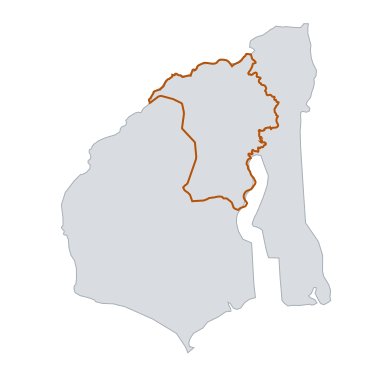 Tambacounda highlighted on a map of Senegal, rotated 266°
{"feature_id": "SEN-779", "entity_name": "Tambacounda", "entity_type": "Region", "adm_level": 1, "iso_a3": "SEN", "parent_name": "Senegal", "parent_adm1": "", "projection": "natural_earth1", "projection_center": [-13.251, 14.045], "detail": "fine", "context": "in_parent", "style": "outline", "palette": "amber", "viewbox_px": 384, "rotation_deg": 266, "n_neighbors": 0, "source": "natural_earth", "source_scale": "10m", "svg_char_len": 7981}
<svg xmlns="http://www.w3.org/2000/svg" viewBox="0 0 384 384"><g transform="rotate(266 192 192)"><path d="M305.1,173.4L310.0,183.2L309.0,187.9L307.9,194.8L310.6,199.8L313.9,203.0L316.2,206.0L318.8,210.1L319.2,218.4L318.7,224.3L320.4,226.9L321.8,230.3L321.5,233.1L320.6,235.6L317.5,238.9L317.0,245.1L322.1,252.5L325.3,256.6L325.3,258.9L326.2,261.4L328.6,264.4L330.1,263.7L331.7,261.3L332.4,259.6L336.8,260.3L338.8,261.1L341.6,266.0L342.7,269.2L343.4,273.3L346.3,278.3L348.8,281.9L349.4,284.1L351.6,287.2L350.2,293.9L350.4,297.3L348.9,306.3L348.5,310.6L348.6,312.1L352.1,315.3L351.7,319.9L348.2,319.1L342.1,318.6L329.9,320.9L325.7,320.0L317.7,320.3L312.0,321.6L304.7,324.6L299.1,323.8L296.1,321.5L292.0,321.6L287.5,320.4L282.7,318.2L278.3,317.0L273.6,312.9L271.4,312.1L269.8,313.2L268.5,314.6L267.1,315.4L264.6,314.7L263.6,311.9L264.4,309.1L264.6,307.1L263.4,306.0L260.5,305.6L255.9,305.6L248.3,304.7L246.6,304.2L229.7,303.5L212.2,303.4L197.4,303.3L178.7,303.2L165.5,303.2L153.3,303.1L143.8,308.7L133.5,314.7L119.7,317.9L103.8,316.7L98.7,317.5L93.5,320.2L89.6,322.1L84.1,323.3L77.0,322.3L74.2,322.9L72.4,320.2L70.4,315.8L71.7,312.5L76.0,310.4L82.5,307.7L85.9,309.1L87.9,309.2L88.3,307.4L87.6,306.5L82.7,304.1L80.2,301.0L78.1,302.8L76.3,306.7L74.8,307.8L72.6,308.9L71.3,306.3L70.8,303.7L71.8,301.8L71.3,290.7L71.9,284.9L71.6,279.7L74.7,276.3L77.6,274.2L89.0,274.1L99.5,273.9L109.7,274.0L120.1,274.1L121.1,263.8L124.4,263.0L129.3,262.0L138.5,260.7L148.7,259.5L150.8,257.5L152.5,254.1L153.6,251.0L155.7,249.7L158.6,250.8L162.3,252.4L166.2,254.9L170.6,257.2L173.6,258.6L180.7,262.2L192.8,267.3L202.8,269.3L214.9,265.6L223.6,263.2L224.7,258.8L223.3,254.5L216.8,250.5L208.0,251.0L205.3,252.0L201.2,253.4L198.7,253.9L194.5,253.0L189.3,249.5L185.9,246.1L181.3,244.5L175.8,242.9L167.0,235.8L162.3,234.5L158.0,234.2L149.6,235.6L141.4,239.4L137.0,247.9L128.8,247.8L111.4,247.5L95.4,247.3L82.2,247.9L80.9,241.6L77.8,236.7L72.8,232.4L71.7,228.5L73.4,225.1L78.3,222.3L79.4,220.3L76.9,220.6L73.0,222.4L70.4,222.5L70.1,217.0L65.8,210.0L61.0,198.2L55.5,193.3L51.0,183.7L46.2,180.0L41.8,178.3L38.0,178.6L36.6,183.0L31.9,176.7L38.3,174.5L52.1,166.5L68.0,143.9L82.3,117.0L84.2,110.7L85.9,105.9L87.1,94.9L89.2,88.4L91.1,87.1L93.5,82.1L96.4,73.3L99.7,68.4L103.4,67.5L106.2,67.9L108.3,69.7L114.2,70.8L124.1,71.3L131.8,70.0L137.2,66.9L144.3,65.4L153.1,65.3L157.7,64.0L158.1,61.5L159.3,60.8L161.1,61.8L162.9,61.4L164.5,59.6L166.1,59.4L167.7,61.0L175.0,61.5L188.2,60.8L200.3,65.5L211.4,75.3L217.1,81.9L217.5,85.2L219.3,88.5L222.6,91.8L225.7,92.4L228.4,90.3L230.6,90.6L232.2,93.1L235.3,93.6L238.9,92.1L241.4,92.6L241.8,94.1L242.4,94.9L244.1,95.3L246.4,97.2L249.7,102.5L252.3,109.8L254.3,119.1L257.0,124.2L260.3,125.0L262.2,126.9L262.6,129.2L263.6,130.7L265.2,131.5L268.0,131.0L271.3,134.2L274.8,141.0L275.4,144.1L274.8,145.8L275.1,147.0L277.4,148.2L279.6,150.4L281.5,153.8L285.4,156.8L291.4,159.4L295.8,163.3L298.5,168.6L304.0,172.9L305.1,173.4Z" fill="#d9dde1" stroke="#a8b0b8" stroke-width="1"/><path d="M306.0,175.5L306.4,177.3L307.4,178.3L307.7,179.2L308.1,179.9L308.9,180.3L309.8,180.5L310.3,180.5L310.1,181.2L309.8,181.7L309.7,182.1L309.8,182.8L310.2,183.1L310.7,183.3L311.1,183.6L311.1,184.6L310.8,185.2L309.8,186.3L309.4,186.9L309.3,187.6L309.3,188.3L309.1,189.0L308.7,189.3L307.7,190.0L307.4,191.1L307.6,192.4L308.2,195.0L308.3,196.2L308.2,198.9L308.9,199.0L313.7,201.1L314.1,201.9L313.9,202.6L313.1,203.0L313.5,203.8L314.0,204.6L314.7,205.2L316.7,206.0L317.4,206.6L318.0,207.5L319.9,212.6L320.0,214.0L319.6,216.4L318.5,221.1L318.5,223.6L319.0,225.2L319.8,226.2L320.8,227.0L321.7,228.3L322.0,229.4L322.0,230.6L321.7,233.1L320.9,235.8L319.2,237.9L314.7,240.7L315.4,241.4L316.1,242.6L317.2,245.0L317.9,247.2L319.0,249.3L320.0,250.5L323.0,253.0L323.3,253.4L323.8,254.3L324.1,254.7L324.6,255.0L325.1,255.1L325.5,255.3L325.9,256.0L325.8,257.1L325.0,260.4L322.0,261.0L320.2,261.5L318.8,263.3L317.4,264.4L316.4,264.4L316.0,263.0L315.7,261.7L314.4,261.2L312.5,260.6L311.0,259.6L309.5,258.7L308.1,257.4L306.6,256.4L305.3,256.9L305.3,258.3L304.6,259.2L304.9,260.3L306.4,262.4L306.7,263.9L306.0,264.9L304.6,264.9L302.9,264.6L302.3,264.9L302.0,266.4L301.5,267.1L301.2,268.2L300.6,268.3L300.0,267.8L299.2,266.7L298.0,266.4L296.6,266.7L295.9,267.4L295.6,268.3L294.5,268.5L293.9,269.4L293.7,270.7L293.1,271.9L292.2,272.6L290.5,273.2L289.3,273.0L288.5,272.4L287.8,271.9L287.2,272.4L286.2,273.0L285.2,273.0L284.1,273.2L283.3,273.9L283.3,275.3L283.6,276.7L282.9,277.8L281.7,278.7L281.2,279.8L281.2,280.8L280.4,281.0L279.7,280.7L278.6,280.5L278.1,281.0L278.0,282.1L277.2,282.5L276.3,282.5L275.8,283.0L275.8,283.7L275.4,284.6L274.3,284.2L272.9,283.2L271.7,281.7L271.0,281.7L270.0,280.7L269.0,280.1L266.1,280.1L265.1,280.7L263.9,281.4L262.8,281.4L262.4,281.9L261.9,282.8L261.0,282.8L260.1,281.9L258.7,281.4L257.2,281.2L256.4,281.2L254.9,281.8L252.7,282.6L251.6,282.3L250.6,281.0L250.4,279.4L250.5,277.6L250.3,276.1L249.2,275.5L249.2,275.2L251.3,274.3L250.7,273.6L250.8,272.8L251.0,272.0L250.8,271.2L250.5,270.6L250.7,270.0L250.6,269.7L250.4,269.5L250.0,269.3L249.7,269.0L249.5,268.7L249.4,268.4L249.1,268.5L248.7,268.5L248.5,268.3L248.4,267.7L248.3,267.3L248.1,266.8L248.1,265.9L248.3,265.4L248.7,264.8L249.2,263.8L248.7,262.9L248.3,262.8L247.7,263.1L247.1,263.5L245.1,263.0L242.9,263.0L242.5,263.4L242.0,264.8L241.4,265.1L241.7,263.8L241.0,263.5L240.0,263.9L239.2,264.3L239.0,264.7L238.7,265.4L238.2,265.5L237.5,265.3L237.2,264.9L237.4,263.8L236.5,264.6L236.5,267.8L235.3,268.5L235.3,269.0L234.7,269.0L234.3,268.9L234.0,268.6L233.8,268.2L233.7,267.8L233.6,267.3L233.5,267.0L233.2,266.8L232.5,266.5L232.0,266.1L231.8,265.7L231.7,265.4L231.9,264.7L231.9,264.3L231.9,263.8L231.7,263.6L231.4,263.4L231.1,263.1L231.0,262.9L231.1,262.6L231.6,261.9L231.7,261.6L231.7,261.2L231.2,260.9L230.5,260.9L229.3,261.2L228.9,261.2L228.6,261.2L228.3,261.1L228.0,261.0L227.6,260.8L227.5,260.5L227.6,260.3L227.7,260.0L227.9,259.8L228.0,259.6L228.2,259.3L228.2,259.0L228.3,258.6L228.2,258.2L228.3,257.9L228.3,257.6L228.4,257.3L228.6,257.0L229.5,256.0L229.7,255.7L229.8,255.4L229.7,255.2L229.0,255.0L228.2,254.6L227.6,254.5L227.3,254.6L227.1,254.7L226.6,255.0L226.3,255.1L226.0,255.1L225.7,254.7L225.5,254.4L225.5,254.0L225.6,253.8L225.8,253.5L226.0,253.2L226.1,252.9L226.1,252.3L226.3,251.7L226.3,251.3L226.2,251.1L225.9,251.0L225.3,251.0L224.8,250.9L224.5,251.0L224.3,251.2L224.2,251.4L224.1,251.8L224.0,252.0L223.8,252.2L223.5,252.3L222.9,252.4L222.5,252.6L221.8,253.0L221.7,252.8L221.4,252.3L221.1,251.2L220.8,250.6L219.9,249.8L218.7,249.1L217.4,248.6L216.3,248.4L215.6,248.5L214.5,249.2L213.9,249.5L213.3,249.6L212.4,249.5L211.9,249.5L210.8,249.8L208.4,251.3L205.4,252.0L204.4,252.5L201.5,254.6L198.5,255.8L197.6,256.1L196.6,255.9L195.4,255.3L191.6,252.2L191.2,251.8L190.6,251.2L190.3,250.3L189.6,247.7L189.1,246.5L188.4,245.5L187.4,244.6L185.2,243.4L183.0,243.2L180.9,243.9L177.7,245.9L177.1,246.2L176.4,245.9L174.2,244.4L173.9,243.9L172.9,240.0L172.4,238.8L171.7,237.8L170.9,237.0L171.1,236.2L172.0,234.3L172.7,233.3L173.4,232.5L173.9,232.2L174.5,232.1L175.2,232.1L175.5,232.0L176.0,231.7L178.4,231.1L178.7,230.9L179.9,229.8L183.0,226.4L183.1,226.2L183.2,225.7L183.3,225.0L183.3,223.9L183.5,222.8L183.6,222.7L183.8,222.6L184.2,222.4L184.7,222.1L184.9,221.8L185.2,221.3L185.6,218.8L185.6,217.8L185.5,216.6L185.1,213.9L184.8,209.2L184.6,208.2L183.9,207.0L182.7,203.1L182.8,191.6L189.3,189.8L191.7,187.8L193.3,185.7L194.2,184.8L195.0,184.3L197.2,183.5L199.4,185.9L199.9,187.1L200.8,187.9L201.7,188.5L224.3,198.2L226.9,198.7L241.1,198.4L241.7,198.1L255.4,187.0L255.8,186.7L256.3,186.5L270.4,189.4L272.6,189.4L280.4,188.3L281.1,187.9L281.7,187.1L286.0,179.7L289.9,168.3L290.0,167.7L290.0,167.3L289.8,165.9L289.4,164.9L284.0,156.6L283.8,156.2L284.4,156.1L286.0,155.5L286.8,155.4L287.3,155.6L287.7,156.0L288.4,157.0L291.3,158.9L292.2,159.7L292.7,160.1L293.9,160.4L294.5,160.7L294.9,161.3L295.2,161.9L296.4,166.8L296.4,167.4L297.1,167.9L298.9,170.3L299.8,171.2L303.1,172.9L306.0,175.5Z" fill="none" stroke="#b45309" stroke-width="2"/></g></svg>